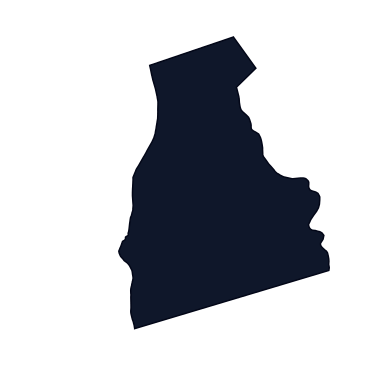 Parc Estate, Choiseul, Saint Lucia, rotated 333°
{"feature_id": "8701671B86679693622237", "entity_name": "Parc Estate", "entity_type": "district", "adm_level": 2, "iso_a3": "LCA", "parent_name": "Saint Lucia", "parent_adm1": "Choiseul", "projection": "orthographic", "projection_center": [-61.017, 13.797], "detail": "fine", "context": "isolated", "style": "filled", "palette": "ink", "viewbox_px": 384, "rotation_deg": 333, "n_neighbors": 0, "source": "geoboundaries", "source_scale": "gbopen_adm2", "svg_char_len": 4124}
<svg xmlns="http://www.w3.org/2000/svg" viewBox="0 0 384 384"><g transform="rotate(333 192 192)"><path d="M78.9,287.7L278.3,324.0L279.9,321.8L280.3,320.6L280.9,318.6L282.5,315.9L283.5,313.6L284.3,311.0L285.1,307.7L284.9,305.7L284.2,304.4L283.8,303.3L282.9,300.9L282.6,299.8L282.4,297.8L283.2,296.0L285.8,294.5L287.4,293.5L289.8,290.5L289.2,287.4L287.8,285.3L286.5,284.3L285.4,283.3L284.4,282.3L282.5,281.1L281.8,280.6L280.8,279.1L280.4,277.8L280.5,275.6L281.1,273.8L283.1,272.3L285.3,270.5L289.9,267.9L294.1,265.8L297.5,263.5L300.0,260.7L302.2,257.1L303.6,254.4L303.7,252.9L303.6,250.4L302.3,248.3L301.0,247.0L300.0,246.1L298.7,244.7L298.0,243.3L298.0,241.4L298.5,239.8L299.6,238.0L300.5,236.2L300.5,234.6L299.5,231.9L298.7,231.0L297.7,230.2L294.8,228.7L287.4,225.8L284.0,223.0L280.5,220.1L278.1,216.9L277.2,215.2L276.3,214.1L275.3,211.4L275.1,209.6L273.9,204.8L273.1,202.1L272.3,196.5L271.7,193.0L271.9,191.0L272.7,189.4L274.2,186.1L274.9,184.8L275.6,182.8L276.3,180.6L277.0,178.2L277.4,176.4L277.7,174.5L277.7,173.2L277.7,170.6L275.8,167.4L274.5,165.6L273.6,163.6L273.5,163.1L274.0,161.2L275.0,159.3L275.5,157.8L276.2,153.5L276.3,151.1L275.3,147.9L275.2,147.7L273.4,143.1L273.0,140.8L273.4,138.3L274.0,136.3L274.9,133.6L276.3,130.4L277.1,127.9L277.6,125.7L278.0,124.0L278.5,121.8L278.9,120.1L279.1,118.8L305.1,110.7L304.9,109.6L299.3,73.1L299.3,72.7L211.8,60.0L211.6,60.7L211.2,62.3L210.8,63.9L210.5,65.0L210.2,66.0L209.2,69.6L208.9,71.0L208.6,72.1L208.3,73.4L208.0,74.4L207.9,75.2L207.8,75.6L206.4,82.9L206.3,83.4L206.1,84.2L204.6,89.9L204.5,90.2L204.4,90.8L203.9,92.2L203.5,93.5L203.2,94.6L202.6,96.3L202.0,97.4L201.4,98.6L200.9,99.5L200.2,100.8L199.6,101.9L198.9,103.2L198.4,104.2L198.0,105.1L197.2,106.5L196.6,107.7L195.5,109.6L194.8,110.9L192.5,114.0L192.3,114.4L191.8,115.0L191.0,116.1L190.0,117.4L189.2,118.6L188.4,119.7L187.4,120.9L186.3,122.4L186.1,122.8L185.6,123.4L184.5,124.5L183.6,125.4L182.8,126.3L181.9,127.0L180.4,128.2L179.0,129.3L172.3,133.7L170.4,135.0L169.2,135.9L167.4,137.1L165.6,138.3L164.7,138.8L162.6,140.2L156.2,144.4L155.2,145.0L154.3,145.5L153.0,146.3L152.3,146.8L150.9,148.1L149.7,149.1L146.1,152.2L145.8,152.7L145.4,153.6L145.0,154.4L144.3,155.6L143.2,157.6L142.6,158.6L142.2,159.3L141.6,160.4L140.8,161.7L140.3,162.6L138.8,165.3L137.3,168.2L134.2,175.5L133.5,177.2L133.2,177.7L132.7,178.5L132.4,179.0L131.9,179.8L131.5,180.5L131.3,181.0L131.2,181.2L130.8,181.6L130.2,182.3L129.4,183.0L129.1,183.4L128.7,183.9L128.3,184.4L127.5,185.2L127.1,185.8L126.3,186.3L125.8,186.7L125.5,187.1L125.1,187.6L124.6,188.3L124.3,188.7L124.1,189.0L123.7,189.6L123.0,190.6L122.5,191.3L122.2,191.7L119.4,196.0L119.1,196.4L118.5,197.3L117.9,198.1L117.7,198.4L116.9,199.2L116.6,199.5L116.3,199.9L116.0,200.7L115.9,200.9L115.7,201.3L115.3,201.7L115.0,201.8L114.5,201.8L113.1,201.8L112.8,201.9L112.5,202.0L112.2,202.1L111.8,203.0L111.2,203.7L111.0,203.9L110.4,204.2L110.1,204.3L109.9,204.3L109.2,204.4L108.9,204.4L108.1,204.4L107.4,204.7L107.1,205.1L106.2,205.9L105.5,206.6L105.0,207.1L104.0,208.0L103.8,208.2L103.2,208.7L102.5,209.2L102.2,209.5L100.5,211.0L100.4,211.1L100.1,211.3L99.9,211.6L99.8,211.9L99.6,212.7L99.4,213.2L99.4,213.5L99.3,214.5L99.2,216.0L99.2,216.8L99.5,218.4L99.9,219.5L100.0,220.0L100.2,220.9L100.4,222.3L100.7,222.9L100.9,223.3L101.1,223.7L101.9,225.3L102.2,226.1L102.5,226.9L102.5,227.4L102.8,228.6L102.9,229.7L102.9,230.1L102.9,232.1L102.9,232.8L102.9,233.6L102.9,234.6L102.6,235.6L102.4,236.3L102.1,237.2L101.8,237.9L101.0,240.5L100.7,241.3L100.3,242.2L99.7,243.0L98.9,244.0L97.9,245.1L97.7,245.5L97.1,246.2L96.9,246.4L96.6,246.7L95.7,248.0L94.6,249.2L93.9,250.1L93.7,250.3L93.3,251.0L93.1,251.2L92.8,251.8L92.6,252.1L92.2,253.0L91.5,254.5L91.1,255.6L90.5,256.7L89.8,257.9L87.7,262.2L87.6,262.5L87.3,263.0L86.5,264.7L85.7,266.3L85.2,267.3L84.4,268.7L84.2,269.0L83.7,269.8L83.3,270.5L83.2,270.8L82.9,271.4L82.8,271.7L82.7,271.9L82.4,272.8L82.0,274.4L81.6,276.1L81.2,277.8L81.0,278.8L80.9,280.0L80.7,281.0L80.6,281.7L80.5,282.3L80.3,282.6L80.1,284.0L79.9,284.6L79.8,284.9L79.7,285.3L79.5,285.9L79.2,286.8L79.1,287.3L78.9,287.7Z" fill="#0f172a" stroke="#020617" stroke-width="1.5"/></g></svg>